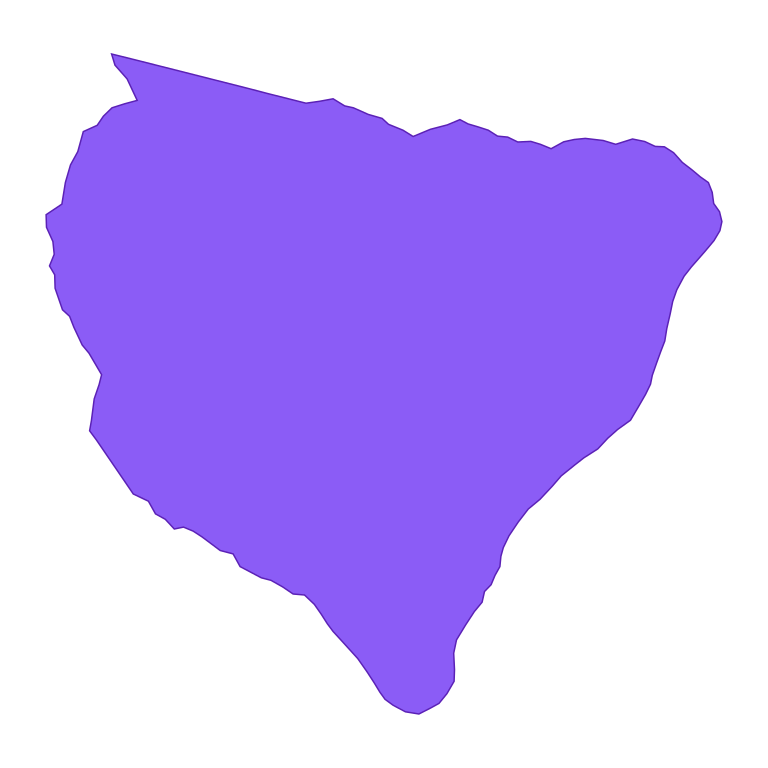 the district of Maragogi, Alagoas, Brazil
{"feature_id": "56859067B32459964326416", "entity_name": "Maragogi", "entity_type": "district", "adm_level": 2, "iso_a3": "BRA", "parent_name": "Brazil", "parent_adm1": "Alagoas", "projection": "albers", "projection_center": [-35.259, -8.967], "detail": "fine", "context": "isolated", "style": "filled", "palette": "violet", "viewbox_px": 768, "rotation_deg": 0, "n_neighbors": 0, "source": "geoboundaries", "source_scale": "gbopen_adm2", "svg_char_len": 1901}
<svg xmlns="http://www.w3.org/2000/svg" viewBox="0 0 768 768"><path d="M111.6,54.0L115.0,65.2L127.1,78.9L137.2,100.4L124.6,103.8L112.0,107.8L103.4,116.2L97.2,125.3L83.3,131.6L77.8,151.6L70.5,164.9L65.4,182.4L61.9,204.1L46.1,214.7L46.5,227.3L52.9,241.5L54.2,254.3L49.5,265.9L54.7,274.8L55.1,288.3L62.5,309.8L69.6,316.3L73.9,327.3L82.2,345.0L89.0,353.2L101.6,374.7L99.1,384.6L94.2,398.9L91.4,420.7L89.6,430.8L96.3,439.8L133.3,494.0L148.4,501.2L155.5,513.9L165.3,519.3L174.3,529.0L183.5,527.1L193.1,531.1L201.9,536.8L220.2,550.5L233.1,553.9L240.1,566.6L261.3,577.8L270.9,580.3L282.5,586.8L293.1,594.0L304.5,595.0L314.3,604.3L321.1,614.0L327.3,623.7L333.1,631.5L339.9,638.9L347.9,647.7L357.7,658.5L366.9,671.6L374.0,682.5L379.9,692.2L385.1,699.4L393.2,705.3L405.4,711.8L418.9,714.0L431.0,707.8L439.0,703.4L446.9,693.7L454.1,681.3L454.5,669.7L453.7,653.2L456.5,639.9L465.7,624.8L474.4,611.5L482.1,602.2L484.5,591.5L491.1,584.7L495.0,575.4L499.9,566.6L500.9,556.3L503.3,547.6L509.0,535.8L518.2,522.1L528.3,509.0L540.0,499.3L552.0,486.5L561.2,475.9L574.7,465.0L583.9,457.8L597.8,448.9L607.8,438.2L617.6,429.5L630.5,420.2L638.8,406.1L645.6,394.3L650.5,384.2L652.3,375.3L656.7,362.7L660.6,351.9L664.8,341.0L666.8,328.5L670.2,313.8L672.7,301.5L676.8,289.8L684.1,276.2L691.3,267.0L698.6,258.7L705.4,250.9L714.0,240.6L719.9,230.7L721.9,221.6L719.5,211.7L713.7,203.5L712.2,192.3L708.4,182.6L700.1,176.7L692.4,170.2L682.3,162.4L673.6,152.7L664.4,146.8L655.2,146.4L644.7,141.5L632.5,139.0L615.7,144.3L603.2,140.5L585.3,138.4L574.2,139.5L563.7,141.8L551.1,148.7L540.4,144.3L530.8,141.4L517.8,142.0L507.7,137.1L497.5,136.1L488.3,130.2L477.8,126.8L468.0,123.9L459.9,119.6L447.3,124.9L430.4,129.3L413.1,136.5L403.0,130.2L388.5,124.3L382.1,118.4L368.2,114.4L353.4,107.8L344.7,105.9L333.1,98.8L319.5,101.3L306.0,103.2L267.5,93.5L247.2,88.2L133.8,59.5L111.6,54.0Z" fill="#8b5cf6" stroke="#5b21b6" stroke-width="1.5"/></svg>